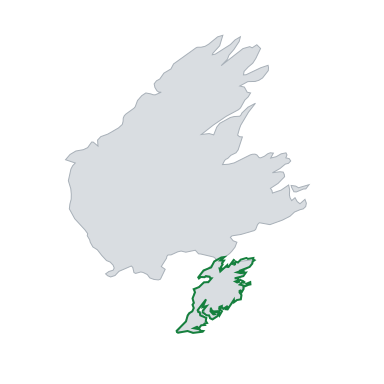 Ireland, with Donegal highlighted, rotated 157°
{"feature_id": "IRL-729", "entity_name": "Donegal", "entity_type": "County", "adm_level": 1, "iso_a3": "IRL", "parent_name": "Ireland", "parent_adm1": "", "projection": "equal_earth", "projection_center": [-7.962, 54.925], "detail": "medium", "context": "in_parent", "style": "outline", "palette": "green", "viewbox_px": 384, "rotation_deg": 157, "n_neighbors": 0, "source": "natural_earth", "source_scale": "10m", "svg_char_len": 5432}
<svg xmlns="http://www.w3.org/2000/svg" viewBox="0 0 384 384"><g transform="rotate(157 192 192)"><path d="M245.7,78.6L237.3,82.9L236.0,84.5L233.6,91.0L233.3,92.9L228.0,100.1L225.0,101.6L220.5,102.8L218.0,104.0L214.8,103.4L210.7,103.5L208.7,104.8L208.8,105.8L210.0,106.9L217.5,110.3L217.1,111.7L215.0,113.2L201.5,117.2L197.5,119.5L196.1,121.1L197.5,123.7L208.3,131.6L210.1,132.5L211.7,137.1L221.2,139.0L225.1,141.9L228.5,142.5L235.8,142.3L238.7,143.4L240.3,142.6L241.3,141.0L249.4,135.4L246.9,131.3L255.1,124.1L257.3,124.2L261.2,126.4L264.4,129.4L265.4,133.5L268.5,137.1L270.4,138.4L275.7,139.1L276.9,140.5L276.0,145.8L276.8,147.6L290.2,147.5L295.5,145.2L300.1,145.6L302.4,147.9L303.5,150.4L299.5,151.3L295.3,150.8L293.3,152.4L293.2,155.5L294.7,159.5L297.5,162.3L299.8,168.7L301.7,175.8L304.7,180.1L305.3,185.4L304.9,188.0L305.5,192.7L304.3,194.4L305.3,198.8L310.4,213.2L311.5,224.4L309.1,228.6L306.0,232.6L303.9,237.3L302.3,242.4L301.4,250.7L294.5,260.4L291.6,262.8L288.1,264.3L295.8,271.1L289.6,274.2L282.9,275.1L275.4,273.4L270.7,273.6L264.8,277.2L263.4,276.5L260.6,271.0L258.6,276.7L254.3,278.6L246.9,278.2L234.6,279.7L229.8,281.4L227.8,284.0L226.4,286.9L224.5,288.7L222.3,289.6L212.7,291.8L210.9,292.7L206.4,297.5L200.6,300.3L195.8,301.2L191.6,298.4L189.8,296.7L187.9,295.8L181.3,295.9L183.4,296.8L184.7,298.8L185.3,302.6L184.6,306.3L181.3,308.2L177.5,308.6L171.4,312.4L163.3,313.5L158.9,317.1L132.2,323.1L130.7,323.2L127.0,321.7L123.0,321.0L119.1,321.5L107.8,324.8L102.4,324.2L109.4,315.8L118.7,311.5L119.7,310.4L116.7,309.8L99.1,312.7L92.9,315.2L86.8,316.0L89.7,312.2L97.6,306.9L104.5,303.5L107.5,300.4L115.8,296.9L89.0,304.1L82.0,303.2L80.3,301.2L74.8,302.2L72.8,297.3L81.1,290.0L85.8,286.8L91.4,285.1L96.9,282.7L98.9,279.7L96.4,278.8L80.2,279.5L72.5,278.9L73.0,276.5L74.4,273.9L82.5,269.4L86.8,268.7L90.7,269.1L97.5,271.8L106.6,270.9L102.8,268.1L102.2,262.3L99.4,260.3L103.1,257.6L107.4,256.0L114.5,250.5L117.0,249.6L131.0,248.3L146.1,245.3L161.0,241.3L153.4,239.1L149.7,236.1L143.8,242.1L139.5,244.4L127.6,245.6L123.8,245.0L118.5,243.1L116.8,243.8L115.2,245.2L107.3,248.2L98.9,248.9L108.7,243.5L121.1,234.4L123.8,231.5L127.8,226.5L126.6,224.3L124.1,223.0L133.1,212.7L136.2,210.9L141.9,210.6L146.1,208.9L147.9,208.9L149.6,208.3L153.2,205.3L147.6,203.3L141.8,202.3L123.8,203.4L121.5,203.1L119.2,202.2L117.8,200.8L116.8,197.4L115.4,196.6L111.4,196.6L107.4,197.6L104.6,197.5L101.9,196.0L106.3,192.5L100.7,191.6L95.0,192.3L90.2,191.3L90.1,189.0L92.3,186.8L89.5,184.7L89.0,182.0L92.0,180.7L95.3,181.2L102.0,179.2L110.5,178.3L103.2,176.3L100.3,174.7L100.2,172.1L100.8,169.9L109.4,166.3L118.4,164.7L117.8,162.2L118.4,159.6L109.3,158.9L100.3,160.7L101.3,155.7L103.5,151.2L104.0,148.3L103.6,145.1L99.4,146.5L98.9,142.0L97.2,139.0L90.9,141.1L91.1,137.0L93.0,134.2L96.2,133.0L99.5,133.5L105.5,133.5L111.3,131.4L119.7,130.8L133.0,131.5L142.0,137.4L144.4,136.4L148.1,132.6L149.8,132.2L163.6,133.8L172.2,136.0L174.4,135.3L173.2,131.1L170.3,128.2L174.0,124.4L178.5,121.9L181.5,120.6L188.5,119.0L191.5,117.5L193.5,112.6L196.7,108.6L179.3,110.7L162.8,105.9L165.5,102.5L169.0,100.6L175.0,99.1L175.6,97.4L178.6,95.9L183.7,92.0L181.8,87.0L182.8,83.4L186.4,81.0L187.6,77.5L189.2,75.0L196.5,74.1L203.6,71.8L214.4,71.5L217.2,72.4L216.6,68.3L221.7,67.7L223.7,68.6L224.6,71.5L226.9,73.4L227.6,76.6L226.1,79.1L223.5,81.1L225.9,83.0L222.2,86.6L226.2,85.1L231.8,81.6L231.5,78.7L230.5,75.1L228.9,71.9L229.7,68.3L232.8,66.1L241.2,64.9L237.7,60.9L240.8,60.5L244.1,61.4L249.0,64.5L259.4,69.0L254.4,72.9L248.1,75.6L245.7,78.6ZM98.5,157.4L98.2,159.3L94.2,156.9L92.3,154.3L81.4,153.0L86.0,150.4L88.2,151.2L96.0,151.3L98.1,152.4L98.5,157.4Z" fill="#d9dde1" stroke="#a8b0b8" stroke-width="1"/><path d="M244.2,80.1L241.8,81.6L238.4,82.0L235.7,84.5L235.6,88.0L233.6,89.2L233.1,93.8L228.4,98.5L228.4,101.9L222.7,101.7L216.2,104.2L212.2,102.6L207.7,104.9L208.9,105.5L208.9,107.2L212.1,109.2L213.8,108.7L217.1,110.3L219.4,109.7L219.6,111.0L212.0,115.3L203.8,115.1L198.7,119.4L190.6,120.3L187.7,119.5L192.6,117.9L189.3,116.4L192.2,114.6L192.1,113.3L194.6,111.7L194.5,110.0L196.5,110.9L197.0,107.8L188.2,110.9L188.8,109.3L187.7,108.7L179.3,113.7L183.2,110.9L183.0,110.0L181.2,110.0L181.4,108.6L180.7,108.6L179.1,111.1L177.3,109.1L173.6,110.7L167.7,110.0L166.7,108.6L161.3,107.3L162.1,106.0L161.1,104.8L163.3,104.3L164.5,102.5L168.3,100.5L179.4,100.9L174.6,99.1L177.9,98.7L180.0,100.4L182.0,100.5L179.1,98.4L173.9,96.8L177.6,94.5L186.4,95.9L183.4,94.3L184.2,92.6L187.1,92.7L185.8,91.1L183.8,90.9L183.5,92.3L181.9,92.2L179.7,89.9L179.0,88.6L179.7,88.3L181.5,89.1L184.2,88.1L179.4,84.5L181.7,84.5L182.3,82.7L185.3,80.4L185.9,82.4L186.8,82.4L187.5,80.9L186.7,77.8L189.0,74.1L192.8,75.0L196.3,74.1L195.5,76.5L205.1,70.0L206.6,70.8L203.7,73.2L208.8,72.2L209.3,74.4L211.4,73.6L209.5,75.4L211.6,75.5L212.7,73.8L211.0,70.5L214.6,67.8L213.7,71.8L219.0,73.7L220.2,75.9L219.8,78.1L221.6,75.0L220.2,71.0L218.6,70.5L219.4,73.2L218.7,73.1L215.0,71.1L215.2,70.2L216.7,67.8L222.9,66.7L224.7,68.7L224.5,71.7L226.7,72.7L229.3,77.0L228.4,78.6L223.1,81.3L227.3,81.8L221.0,87.7L233.0,81.0L233.1,79.0L231.9,78.3L232.6,75.2L228.0,70.5L229.7,67.9L229.3,65.5L231.8,65.9L232.6,65.5L232.3,64.6L235.6,65.7L238.7,63.9L240.6,65.5L239.2,65.5L240.2,66.0L243.6,65.9L238.6,62.5L238.4,61.0L235.9,59.6L236.8,59.2L246.1,61.9L250.4,65.8L259.8,67.9L260.6,68.9L260.4,70.2L248.1,75.2L244.2,80.1ZM174.3,84.1L177.3,84.7L178.0,86.3L173.6,86.3L174.3,84.1Z" fill="none" stroke="#15803d" stroke-width="2"/></g></svg>